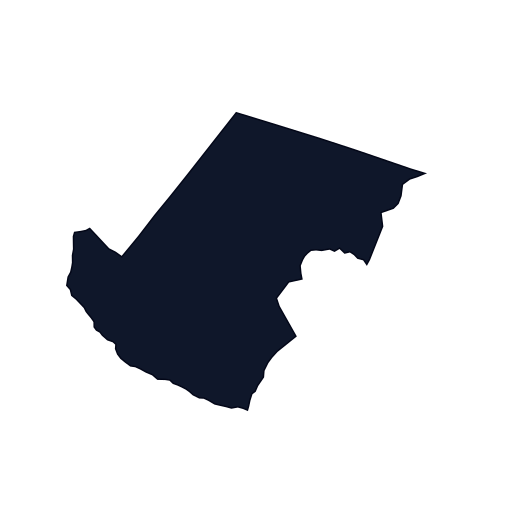 Cafezal do Sul, Paraná, Brazil, rotated 249°
{"feature_id": "56859067B2894193883317", "entity_name": "Cafezal do Sul", "entity_type": "district", "adm_level": 2, "iso_a3": "BRA", "parent_name": "Brazil", "parent_adm1": "Paraná", "projection": "mercator", "projection_center": [-53.585, -23.955], "detail": "fine", "context": "isolated", "style": "filled", "palette": "ink", "viewbox_px": 512, "rotation_deg": 249, "n_neighbors": 0, "source": "geoboundaries", "source_scale": "gbopen_adm2", "svg_char_len": 1520}
<svg xmlns="http://www.w3.org/2000/svg" viewBox="0 0 512 512"><g transform="rotate(249 256 256)"><path d="M396.8,288.9L355.9,220.5L342.1,197.0L333.7,182.2L330.2,176.1L316.3,153.4L303.3,130.4L309.8,126.1L315.4,121.1L341.3,110.6L340.7,106.4L341.6,101.2L343.0,95.1L339.7,92.6L333.2,90.2L327.7,88.2L322.3,84.9L315.5,82.4L311.4,80.0L307.2,77.2L303.7,73.1L296.3,68.8L291.2,70.7L285.2,69.9L280.3,72.7L274.5,75.1L269.4,77.2L265.0,77.6L261.5,78.7L257.4,80.1L252.6,81.3L247.7,79.5L244.0,80.5L240.9,83.1L237.1,84.2L231.0,87.4L227.2,91.9L223.7,93.6L219.7,91.7L214.0,91.7L208.8,93.2L203.9,96.0L198.4,99.5L196.0,103.8L192.0,107.7L187.1,111.8L182.3,116.8L176.3,120.0L173.4,127.0L171.1,131.1L166.8,133.1L163.7,136.7L160.4,139.9L156.8,143.1L153.3,145.4L149.0,147.6L143.9,152.3L142.1,156.4L138.5,159.9L132.7,164.5L129.3,169.5L126.1,174.3L122.9,178.6L121.7,185.0L118.4,189.5L115.2,192.8L118.4,195.2L123.5,198.5L128.9,202.8L130.0,206.7L134.4,211.0L140.3,219.5L146.2,222.3L152.2,228.8L155.8,234.4L159.4,241.5L166.8,264.5L200.7,259.5L209.3,259.9L217.7,273.4L220.1,277.2L218.1,290.6L223.7,291.6L231.2,293.7L235.9,298.1L238.5,301.3L240.3,305.0L241.7,309.3L240.3,314.3L237.7,319.3L236.2,327.3L232.4,331.0L233.4,336.9L227.0,339.9L226.3,345.3L222.1,348.3L217.5,350.2L214.0,355.1L208.4,356.4L212.0,360.6L238.3,384.8L251.8,388.2L251.4,401.3L254.2,407.5L260.2,412.9L270.4,418.4L272.8,427.0L272.4,435.2L272.6,443.2L281.8,431.4L318.7,387.3L342.2,358.4L378.3,312.6L382.5,307.2L396.8,288.9Z" fill="#0f172a" stroke="#020617" stroke-width="1.5"/></g></svg>